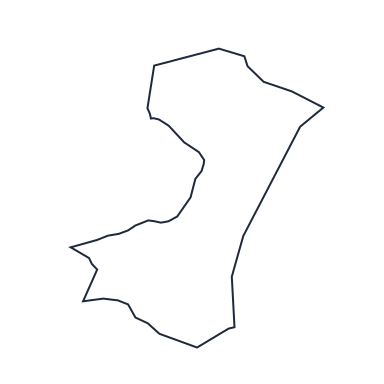 an SVG outline of Šentilj, rotated 109°
{"feature_id": "SVN-986", "entity_name": "Šentilj", "entity_type": "Municipality", "adm_level": 1, "iso_a3": "SVN", "parent_name": "Slovenia", "parent_adm1": "", "projection": "albers", "projection_center": [15.723, 46.676], "detail": "fine", "context": "isolated", "style": "outline", "palette": "slate", "viewbox_px": 384, "rotation_deg": 109, "n_neighbors": 0, "source": "natural_earth", "source_scale": "10m", "svg_char_len": 733}
<svg xmlns="http://www.w3.org/2000/svg" viewBox="0 0 384 384"><g transform="rotate(109 192 192)"><path d="M216.9,129.2L259.1,126.8L306.0,107.8L309.2,112.9L337.4,136.6L336.7,176.6L330.5,191.2L329.1,204.6L319.1,215.8L318.6,226.9L321.7,241.2L330.8,259.4L296.2,256.4L292.7,263.2L288.0,267.8L283.8,288.7L268.0,265.8L260.8,257.5L255.4,247.6L249.2,240.0L242.1,234.6L233.1,224.1L231.9,218.2L231.1,211.4L227.4,204.8L220.0,198.0L197.5,191.6L178.5,193.1L169.1,189.8L162.0,190.0L157.8,190.9L152.1,198.4L147.6,215.6L136.9,235.6L134.2,246.9L134.7,252.3L135.9,254.7L131.5,257.5L127.3,261.4L84.8,268.9L47.7,213.3L46.6,186.7L55.0,180.4L64.5,160.1L64.4,130.3L69.4,95.3L95.0,111.0L216.9,129.2Z" fill="none" stroke="#1e293b" stroke-width="2"/></g></svg>